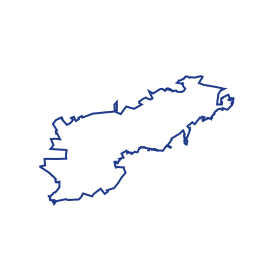 Cuencamé, Durango, Mexico (Equal Earth projection), rotated 237°
{"feature_id": "50627088B82922113569023", "entity_name": "Cuencamé", "entity_type": "district", "adm_level": 2, "iso_a3": "MEX", "parent_name": "Mexico", "parent_adm1": "Durango", "projection": "equal_earth", "projection_center": [-103.787, 24.653], "detail": "fine", "context": "isolated", "style": "outline", "palette": "blue", "viewbox_px": 256, "rotation_deg": 237, "n_neighbors": 0, "source": "geoboundaries", "source_scale": "gbopen_adm2", "svg_char_len": 5510}
<svg xmlns="http://www.w3.org/2000/svg" viewBox="0 0 256 256"><g transform="rotate(237 128 128)"><path d="M153.5,117.5L157.8,108.9L159.1,106.7L161.6,95.4L163.2,95.8L163.5,91.8L162.2,91.6L162.2,88.1L166.8,88.7L167.4,85.8L164.6,86.3L163.5,82.2L163.9,78.5L171.3,77.3L171.5,78.1L173.2,78.0L173.9,71.9L172.2,67.2L164.6,67.1L164.7,65.6L162.3,64.7L162.1,65.6L155.5,64.9L158.4,61.5L160.7,57.3L154.2,56.2L152.6,51.6L143.6,63.7L142.8,64.5L138.9,61.0L135.9,59.5L141.2,50.8L147.6,41.2L141.8,38.1L143.6,33.4L143.2,33.2L133.3,37.6L130.0,38.2L130.1,38.4L124.7,39.7L124.3,39.2L124.1,38.7L122.9,38.3L122.5,38.8L122.0,38.7L121.4,39.3L121.3,38.6L120.1,40.1L120.1,41.1L115.5,38.1L113.6,32.1L113.9,31.9L114.0,29.7L113.7,29.3L113.5,28.6L113.4,28.1L113.5,27.4L113.4,27.1L113.4,26.8L113.3,26.7L113.1,26.5L113.0,26.3L113.1,25.8L113.0,25.5L113.6,24.5L113.8,24.4L113.6,24.3L112.5,25.2L110.8,23.8L110.8,23.7L110.6,23.7L110.4,23.6L110.1,23.7L109.9,23.5L109.6,23.7L109.2,24.2L109.1,25.0L108.6,24.9L108.1,24.9L108.1,25.2L108.0,25.3L108.0,25.7L107.9,25.7L107.8,26.3L107.9,26.5L107.9,26.8L107.4,27.0L107.1,25.8L106.9,25.5L106.8,25.0L106.6,24.9L106.6,25.2L106.5,25.8L106.7,26.2L106.8,26.7L106.3,26.8L105.6,25.8L105.4,25.2L105.1,24.9L104.6,24.7L105.7,28.1L104.8,30.3L102.1,37.2L100.3,38.4L94.9,47.8L95.7,51.5L97.6,54.6L90.2,60.7L91.3,63.3L92.0,72.0L85.4,72.6L85.6,76.3L87.2,76.2L85.2,83.6L87.2,89.8L89.9,95.4L91.8,101.6L96.4,102.5L96.7,102.7L97.0,102.7L97.2,103.0L101.5,97.3L101.3,96.5L103.0,96.5L107.0,98.2L106.9,98.6L106.1,99.8L105.9,99.8L105.6,99.6L105.2,99.5L104.3,99.5L104.1,99.6L104.0,99.8L104.1,100.3L104.4,100.8L104.6,101.3L105.2,102.0L105.3,102.3L105.6,103.6L105.8,104.4L106.8,104.0L106.2,106.4L105.6,108.2L110.1,108.6L109.8,114.4L107.5,113.7L107.8,114.4L107.9,114.8L107.9,115.1L107.7,115.1L107.5,115.4L106.9,115.2L106.6,115.4L106.3,115.6L106.2,116.1L106.3,116.3L106.1,116.7L105.7,117.1L105.4,117.1L105.1,117.6L104.8,117.6L104.3,117.2L104.2,118.6L104.5,120.6L104.4,120.8L103.0,121.9L102.5,123.0L105.1,126.7L104.2,127.6L105.0,128.5L103.4,130.1L103.7,130.5L103.2,131.1L102.9,130.6L99.3,134.4L99.0,134.0L98.3,133.0L98.1,133.3L97.9,133.5L98.8,134.9L97.0,136.9L96.6,136.4L96.2,136.9L96.5,137.4L95.9,138.1L96.2,138.6L95.8,139.1L95.2,138.3L94.9,138.7L94.3,139.2L94.5,139.7L93.7,140.5L93.6,140.4L93.5,140.5L93.1,140.2L91.6,142.8L89.9,144.7L92.2,150.7L88.3,152.9L88.6,153.6L91.9,151.7L94.1,157.6L94.5,157.8L94.6,158.1L94.7,158.4L94.8,158.5L95.0,158.5L95.0,158.8L95.5,159.1L95.5,159.5L95.3,163.1L95.1,168.8L96.1,172.8L96.0,173.1L91.5,172.0L91.5,171.0L87.5,169.2L86.5,168.2L86.1,168.8L84.2,167.0L82.2,168.1L84.9,170.8L88.7,170.9L87.8,172.6L92.2,178.4L92.3,178.1L92.5,178.2L92.4,178.6L94.1,179.9L94.1,179.3L97.1,178.7L97.8,185.1L95.4,185.7L94.8,186.0L97.5,193.8L96.8,194.0L97.2,196.3L95.4,197.9L94.3,194.8L93.1,194.7L92.9,198.5L92.7,198.5L92.7,198.9L93.1,199.7L92.6,200.0L92.9,200.5L92.4,200.9L92.0,201.6L91.6,201.8L91.3,201.6L91.1,201.8L91.1,202.1L91.1,202.4L90.9,202.7L90.8,202.9L90.5,202.9L90.9,203.3L90.6,203.3L90.8,203.7L90.7,203.8L90.6,204.0L90.8,204.1L91.1,204.1L91.5,204.4L92.1,205.0L92.1,205.4L92.5,206.0L92.6,206.6L92.4,206.9L92.4,207.1L92.5,207.3L92.5,207.7L92.6,207.9L92.8,207.9L92.8,208.1L93.3,208.1L93.6,208.5L93.6,209.0L94.0,209.2L94.1,209.4L94.2,210.0L94.2,210.7L94.1,211.0L94.5,211.7L94.5,212.3L94.6,212.6L94.5,213.1L94.6,213.5L94.6,214.3L94.4,214.7L94.2,215.0L94.0,215.5L93.6,216.3L92.8,216.6L92.0,216.7L91.7,216.8L91.6,217.2L93.0,218.3L89.2,221.3L90.6,227.7L91.3,228.7L91.4,228.4L91.8,228.0L91.7,227.8L91.9,227.2L92.1,228.7L91.8,229.6L92.1,230.0L92.6,229.3L92.8,229.2L93.2,229.5L93.5,229.8L93.6,230.2L93.8,230.8L93.9,231.1L94.0,231.1L94.2,231.5L94.5,231.6L94.8,232.1L95.1,232.5L95.7,232.5L95.7,232.4L95.6,232.0L96.2,231.5L96.7,231.2L96.8,231.0L96.5,230.2L95.9,230.1L95.6,228.8L96.2,228.7L96.2,228.4L96.3,228.1L96.7,227.8L96.8,228.2L97.0,228.0L97.4,229.6L101.2,230.3L101.3,230.2L102.0,224.1L101.4,223.6L102.1,222.4L98.8,220.0L98.3,220.9L96.6,219.5L99.2,215.5L102.2,217.9L104.6,220.1L107.3,222.3L109.0,226.1L108.8,226.3L108.4,230.1L109.7,228.4L110.0,228.6L114.7,223.9L122.8,215.1L127.1,211.9L130.2,218.4L131.9,217.2L133.9,211.6L137.2,207.0L137.0,206.8L138.2,206.3L138.9,205.9L139.1,205.4L139.1,205.2L139.3,204.9L139.6,204.7L139.6,204.2L139.7,203.7L139.6,203.4L139.4,203.3L139.2,202.8L139.3,202.4L139.0,202.1L139.0,201.7L138.9,201.5L139.1,201.3L139.0,201.0L139.0,200.9L139.1,200.6L139.2,199.7L139.4,199.6L139.4,199.3L139.3,199.0L139.2,198.7L139.3,198.2L139.5,197.7L139.6,197.3L139.8,196.9L139.9,196.6L140.0,196.5L140.1,196.4L139.8,196.1L139.7,195.8L139.6,195.2L139.4,195.1L139.5,194.9L139.4,194.8L139.4,194.6L139.2,194.3L139.2,193.8L136.1,197.0L135.8,198.3L134.9,198.2L134.9,197.5L134.0,197.2L131.6,197.1L129.9,197.5L128.7,195.2L129.2,192.1L132.1,188.6L133.3,188.7L134.5,185.4L134.9,185.7L135.1,185.2L135.3,185.1L135.5,185.1L136.0,184.9L136.2,185.0L136.5,184.4L136.7,184.7L137.1,184.1L137.3,184.2L137.7,183.6L137.9,183.9L138.2,183.3L138.5,183.5L138.8,183.0L139.1,183.1L139.4,182.6L139.6,182.8L139.8,182.5L139.6,182.3L139.8,182.0L139.4,181.6L139.6,181.3L139.4,181.2L139.6,180.9L139.4,180.7L139.6,180.4L139.3,180.2L139.5,179.9L139.3,179.7L139.5,179.4L139.3,179.2L142.1,178.1L143.1,176.3L143.3,167.9L147.4,165.7L139.5,164.7L139.6,162.6L140.5,161.6L141.9,160.5L143.7,159.8L144.2,156.7L144.0,151.6L142.8,151.0L140.2,152.3L140.8,143.5L147.0,138.2L143.6,129.4L148.0,126.6L148.5,127.8L148.8,128.2L152.2,130.4L152.5,130.8L154.1,131.5L155.9,132.8L155.0,129.3L149.0,125.9L153.5,117.5Z" fill="none" stroke="#1e3a8a" stroke-width="2"/></g></svg>